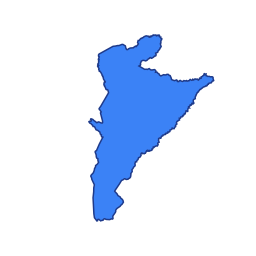 the district of Maua, Niassa, Mozambique, rotated 295°
{"feature_id": "85939544B33000714085001", "entity_name": "Maua", "entity_type": "district", "adm_level": 2, "iso_a3": "MOZ", "parent_name": "Mozambique", "parent_adm1": "Niassa", "projection": "orthographic", "projection_center": [37.153, -13.899], "detail": "fine", "context": "isolated", "style": "filled", "palette": "blue", "viewbox_px": 256, "rotation_deg": 295, "n_neighbors": 0, "source": "geoboundaries", "source_scale": "gbopen_adm2", "svg_char_len": 5995}
<svg xmlns="http://www.w3.org/2000/svg" viewBox="0 0 256 256"><g transform="rotate(295 128 128)"><path d="M30.6,139.1L31.0,139.5L31.7,139.1L32.4,139.4L32.5,140.0L32.9,140.2L32.3,142.5L32.8,142.9L33.4,143.8L33.9,144.0L34.0,144.4L35.1,144.5L35.9,145.2L35.9,146.8L37.2,150.1L38.7,151.4L38.8,152.3L39.5,152.7L41.2,151.7L42.1,151.5L46.1,152.2L47.0,152.2L48.2,151.6L49.3,151.7L50.6,152.1L53.6,153.9L55.1,154.2L56.2,154.8L58.8,155.2L60.3,154.0L61.0,152.8L61.3,151.2L62.2,150.1L62.5,147.4L63.6,146.1L65.0,142.7L65.6,142.6L73.9,143.9L77.7,144.3L79.1,145.5L80.5,146.2L80.7,146.7L80.6,148.1L81.6,149.7L82.1,149.7L83.3,150.7L84.8,151.0L87.1,150.3L87.7,149.8L90.3,150.2L92.0,149.2L93.3,149.6L95.2,149.7L96.3,150.3L97.5,150.2L98.5,149.3L99.6,149.3L100.2,149.0L100.7,149.3L101.0,150.1L101.6,149.9L102.6,149.9L103.5,150.4L105.6,150.1L106.3,151.0L107.2,151.3L108.8,151.4L109.7,150.8L110.7,150.7L111.3,151.2L110.9,152.0L111.0,152.4L111.3,152.5L111.8,153.4L111.7,153.6L112.0,153.7L112.5,154.4L115.1,154.5L114.9,155.0L115.4,155.5L116.2,155.5L116.0,156.1L115.7,156.1L115.7,156.6L116.1,157.2L116.8,157.2L116.9,158.0L117.4,158.5L118.4,159.1L119.1,158.6L119.8,159.3L121.5,159.0L121.5,159.8L122.6,160.2L123.8,161.3L124.1,162.2L125.7,162.3L126.5,161.5L126.9,161.4L127.7,161.7L128.3,162.2L129.9,160.7L130.4,160.8L131.4,160.2L132.5,161.1L132.4,161.8L132.7,162.1L134.7,161.8L135.4,162.8L137.0,162.6L136.6,162.8L136.6,163.2L137.6,163.9L137.9,164.6L138.4,164.8L138.7,164.4L139.3,164.6L140.1,166.1L140.5,166.2L140.9,165.9L141.4,165.9L141.5,166.6L142.2,167.3L142.9,167.4L143.8,166.9L145.2,168.2L146.6,168.1L146.5,169.1L146.9,170.1L148.3,170.0L149.4,170.6L150.3,170.0L151.9,170.3L152.3,170.6L153.1,169.7L154.5,169.6L155.0,169.8L155.2,170.2L156.0,170.4L157.0,171.3L158.5,170.4L158.7,171.0L159.2,171.4L160.3,171.2L161.2,172.5L162.1,172.8L162.5,172.3L163.2,173.1L164.7,173.0L164.7,173.7L164.9,173.8L168.1,173.4L168.4,174.3L168.1,174.8L168.3,175.1L170.3,174.3L171.3,174.2L171.6,174.2L172.1,175.1L172.4,174.2L172.9,173.9L173.7,174.7L175.3,174.6L175.5,175.0L175.2,175.4L175.5,175.7L176.5,175.8L177.3,175.4L177.8,176.1L177.4,176.8L178.4,177.2L179.4,176.1L180.5,175.5L181.5,175.4L183.0,176.6L184.4,175.8L185.3,175.9L186.5,175.7L186.8,175.9L187.3,175.7L188.5,175.9L189.1,175.7L190.4,176.5L190.9,176.2L191.7,176.7L193.2,176.8L193.7,177.6L194.8,177.7L195.2,178.2L197.0,179.0L198.0,180.2L199.1,180.7L199.3,181.5L200.2,181.8L200.5,181.6L201.1,181.8L201.6,182.4L202.1,182.1L202.7,182.4L204.2,184.4L206.3,184.6L206.5,185.2L207.2,185.6L208.9,184.1L209.8,183.7L210.0,183.2L210.0,182.6L209.2,181.0L209.2,180.0L208.4,178.3L208.6,177.6L208.4,176.7L208.8,176.3L210.0,175.9L209.3,174.9L209.5,174.3L208.9,174.0L208.0,174.6L207.0,173.8L205.9,173.4L205.3,172.7L203.9,173.2L203.6,172.7L203.7,172.2L203.5,171.8L202.6,172.0L201.2,171.6L201.1,171.3L201.6,170.6L201.6,169.9L200.8,169.1L200.9,168.2L200.2,167.4L199.3,167.3L199.1,166.6L199.4,166.1L198.5,166.0L198.1,165.5L198.3,163.8L196.5,163.3L196.3,162.5L195.8,162.3L195.4,161.5L195.7,160.9L194.8,160.0L194.6,158.6L193.7,158.2L193.2,157.7L193.0,156.1L193.2,155.2L192.7,154.7L191.5,154.4L191.5,153.4L191.1,153.2L191.2,152.9L191.9,152.4L192.1,151.8L190.5,150.0L190.3,147.4L190.4,146.9L191.3,146.3L193.2,144.2L193.3,143.6L193.1,143.2L193.6,141.7L193.0,140.5L192.5,140.3L191.7,139.1L191.4,137.8L189.1,135.8L189.3,134.2L190.1,133.4L190.3,131.8L190.9,130.5L190.2,129.4L191.1,129.3L191.7,128.9L192.0,128.3L192.1,127.2L190.8,125.4L190.4,124.4L190.3,123.8L190.8,122.1L189.2,120.7L189.1,119.9L188.2,118.3L188.8,111.7L189.6,112.2L190.0,112.7L190.8,112.7L191.3,112.1L194.2,111.8L195.6,112.9L196.0,113.8L196.3,115.7L197.4,116.6L199.6,117.4L200.0,118.0L200.8,118.0L201.4,118.8L201.0,119.6L201.3,120.1L203.0,121.2L204.4,121.7L204.9,122.5L205.3,122.7L206.3,122.5L207.5,121.4L209.1,122.9L210.6,122.7L212.3,123.3L213.5,123.4L214.1,123.2L214.5,123.5L215.9,123.6L217.2,122.3L218.4,121.6L218.9,121.9L220.5,121.1L221.7,120.9L222.3,121.2L223.3,120.8L223.1,120.1L223.4,119.7L224.3,119.2L224.0,118.7L224.1,117.8L224.3,117.5L225.1,117.5L225.4,116.8L224.8,116.2L224.8,115.8L223.7,115.2L223.6,114.6L224.1,114.1L223.6,113.0L222.9,112.1L223.0,111.5L222.1,111.4L221.4,110.6L221.0,110.6L221.1,110.2L220.4,110.0L220.5,109.6L219.8,109.6L219.3,109.1L219.3,108.8L219.9,108.4L219.5,107.8L219.8,107.3L219.4,106.6L219.2,105.5L217.5,103.9L216.6,103.7L216.0,103.0L215.5,102.9L214.9,102.4L215.0,102.1L214.2,101.6L212.1,101.1L211.6,100.2L209.4,100.6L208.7,101.8L207.0,101.6L206.3,101.2L205.4,101.1L205.3,100.1L204.9,100.1L204.0,99.3L203.0,99.0L201.4,96.2L200.0,95.0L199.0,94.6L198.6,94.0L198.6,93.5L199.5,92.3L201.3,90.9L201.6,88.0L201.2,87.2L198.9,85.0L198.3,83.7L196.9,81.9L195.7,79.9L182.8,70.5L181.6,70.4L180.5,71.1L180.6,71.6L179.8,72.0L179.0,71.9L178.4,72.0L178.0,72.8L177.6,72.9L177.3,72.4L176.1,73.4L175.6,73.3L174.4,73.9L173.2,73.6L172.6,74.6L172.4,74.1L172.1,74.0L171.3,74.9L171.0,74.6L169.4,76.7L168.7,76.7L168.1,77.3L167.9,78.0L167.3,78.1L167.4,78.8L166.9,79.9L165.3,82.0L164.6,82.4L164.5,83.0L163.8,83.4L163.7,84.0L162.1,85.0L160.2,87.9L159.4,87.7L159.4,87.2L159.2,87.2L157.6,87.6L157.1,87.9L156.8,88.7L156.3,88.6L155.1,90.4L153.9,91.5L153.6,92.3L154.0,92.8L153.9,93.7L151.7,95.5L136.2,94.1L133.4,93.6L132.6,94.2L132.5,94.9L131.2,96.9L130.0,96.7L123.7,101.9L122.1,102.7L121.6,102.5L121.2,101.6L121.2,99.0L120.7,98.3L119.7,97.6L119.6,97.1L120.1,95.9L120.2,94.5L120.9,92.4L120.8,90.9L120.5,90.4L120.1,90.4L119.2,91.6L118.8,91.7L118.2,91.1L117.9,90.3L117.3,89.9L116.7,90.5L116.3,91.4L116.4,92.5L115.7,93.8L115.7,94.6L114.6,95.7L115.0,96.8L114.9,97.3L112.9,99.8L113.0,102.0L112.6,103.1L112.5,104.1L110.8,105.5L110.6,106.8L109.8,106.9L108.9,107.9L109.1,109.1L101.2,108.8L94.1,109.0L93.4,108.3L92.4,108.3L90.2,110.5L88.4,111.5L87.8,112.1L87.4,112.7L87.5,113.6L85.5,114.7L84.5,115.8L82.3,115.5L80.3,114.5L79.0,115.0L77.1,114.8L75.5,115.3L72.8,115.5L69.6,114.5L68.8,114.6L68.4,114.8L67.5,116.0L66.2,116.9L62.3,121.5L59.2,122.3L55.6,123.9L50.0,125.8L35.7,133.4L32.5,135.5L30.6,139.1Z" fill="#3b82f6" stroke="#1e3a8a" stroke-width="1.5"/></g></svg>